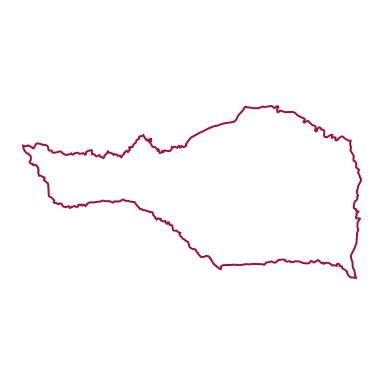 Dbarwa, Debub, Eritrea (Mercator projection)
{"feature_id": "51966322B75785084399425", "entity_name": "Dbarwa", "entity_type": "district", "adm_level": 2, "iso_a3": "ERI", "parent_name": "Eritrea", "parent_adm1": "Debub", "projection": "mercator", "projection_center": [38.641, 15.102], "detail": "fine", "context": "isolated", "style": "outline", "palette": "rose", "viewbox_px": 384, "rotation_deg": 0, "n_neighbors": 0, "source": "geoboundaries", "source_scale": "gbopen_adm2", "svg_char_len": 6007}
<svg xmlns="http://www.w3.org/2000/svg" viewBox="0 0 384 384"><path d="M213.9,264.2L219.7,268.9L220.4,269.0L221.0,268.8L221.1,266.9L221.4,266.1L223.0,265.2L235.4,264.7L240.0,265.2L246.0,264.1L249.4,264.4L253.2,263.9L262.2,264.2L264.3,264.8L266.2,262.5L268.6,262.3L271.1,261.4L274.4,262.7L275.4,262.5L276.2,262.1L277.8,260.4L278.7,260.0L282.4,259.5L285.1,259.9L285.4,261.0L286.0,261.5L287.5,261.6L289.6,261.1L291.1,262.2L293.5,262.1L295.2,261.2L299.6,261.5L303.0,263.1L307.2,263.4L309.1,263.2L311.1,260.9L314.2,262.5L315.8,261.6L317.0,260.5L318.0,260.2L318.7,260.5L321.6,263.2L323.2,262.7L323.6,263.0L323.7,263.7L326.6,262.8L328.5,262.9L330.7,264.1L332.2,265.5L334.2,265.1L336.4,265.9L337.0,265.6L337.1,264.0L337.5,263.7L339.5,264.3L339.9,266.1L341.8,266.4L342.1,267.0L342.1,267.9L342.7,268.6L345.1,269.9L347.1,271.7L347.3,273.5L348.8,276.1L351.2,277.5L354.3,277.6L355.8,278.1L355.9,276.8L354.9,275.0L355.1,274.0L354.4,271.7L354.4,270.1L352.9,267.9L352.4,261.9L351.2,258.7L350.9,256.0L351.3,254.5L354.8,247.8L355.4,245.3L356.4,243.6L357.2,233.0L357.7,231.1L358.4,229.9L357.4,227.1L357.5,222.9L359.9,218.7L358.7,218.2L356.9,218.6L355.8,217.5L356.7,215.2L356.4,213.7L356.7,213.1L357.9,212.5L358.4,211.5L356.2,210.7L355.9,210.1L356.0,209.2L354.3,208.5L353.7,207.4L354.3,202.7L355.1,201.3L356.8,199.8L357.4,198.5L357.2,196.6L358.0,195.9L358.0,195.5L356.9,192.6L356.7,191.4L357.8,188.7L357.8,186.9L360.7,181.2L361.0,179.0L359.9,177.2L359.8,176.2L358.1,172.3L359.0,169.8L356.1,167.4L356.3,163.4L355.1,161.4L353.6,160.8L353.4,158.1L353.8,156.7L353.5,155.5L350.4,150.3L351.1,147.0L350.3,145.1L350.1,143.7L350.6,140.7L349.1,140.8L347.5,140.1L344.7,138.4L343.1,136.8L341.7,136.4L339.3,137.9L337.0,140.3L335.9,140.3L335.3,139.6L335.7,138.0L335.1,137.4L334.3,137.2L331.9,137.7L332.3,134.8L331.9,134.7L330.9,134.9L327.2,137.0L325.6,137.1L324.7,136.7L324.1,135.8L324.3,131.5L323.9,130.3L322.8,129.7L321.3,129.6L320.9,128.2L319.5,127.3L317.9,128.3L316.5,131.3L315.4,131.0L315.0,130.1L315.8,128.0L315.5,126.4L311.5,124.4L308.4,121.2L307.3,121.0L304.2,122.6L303.5,121.5L304.6,120.5L304.7,118.9L297.7,115.5L294.8,112.6L292.4,111.9L285.4,112.2L280.3,110.6L279.6,110.8L278.8,112.0L277.7,112.2L277.0,110.1L277.4,108.5L278.4,107.3L277.9,106.2L276.5,106.4L275.6,107.3L274.2,108.1L272.5,106.5L270.8,105.9L269.1,106.4L264.0,107.0L262.5,106.5L259.7,107.8L256.4,108.3L252.0,108.1L248.7,107.3L246.8,107.3L245.2,106.7L242.9,110.4L238.6,115.0L236.1,119.8L233.8,121.9L223.4,123.5L217.5,125.6L213.7,126.3L207.7,128.8L203.0,131.4L200.5,132.3L190.9,137.6L187.1,142.4L186.5,143.7L185.8,144.2L186.3,145.6L183.9,147.2L181.6,146.0L180.9,147.3L179.9,147.4L179.8,146.3L179.2,145.9L178.7,146.0L177.4,147.8L175.0,146.8L174.0,146.8L173.2,147.5L172.0,147.0L171.5,149.4L170.3,150.8L169.4,151.2L164.3,150.4L163.4,152.0L162.2,151.1L161.8,152.4L160.3,153.0L159.7,153.0L159.2,151.1L157.8,150.8L158.6,149.5L158.2,149.1L156.8,149.1L156.3,148.3L154.7,147.1L153.0,146.9L152.0,146.0L150.7,143.4L150.0,142.7L150.1,142.2L151.2,141.0L151.0,140.6L151.1,138.9L150.4,138.8L149.5,140.0L149.3,141.2L148.9,141.5L148.6,141.2L148.4,139.9L147.8,139.5L147.1,140.4L146.2,140.1L145.9,139.1L145.0,138.4L144.8,137.5L144.0,136.6L143.4,135.1L141.9,136.1L140.3,136.2L139.2,136.7L139.0,137.4L139.2,138.7L136.5,140.1L136.2,142.1L133.6,144.4L132.5,147.0L129.2,147.3L129.1,147.6L130.1,149.5L128.7,150.7L128.2,151.8L128.0,152.0L126.9,150.7L126.4,150.7L125.4,152.2L124.4,152.4L124.0,153.9L122.9,154.9L121.3,157.3L120.3,156.5L119.9,155.5L117.6,155.8L116.8,154.7L115.2,154.2L113.5,154.9L112.9,153.7L112.0,153.6L110.8,152.9L108.9,152.7L108.4,151.6L108.0,151.3L105.8,154.5L104.4,155.5L104.3,157.2L103.2,158.1L102.1,157.3L100.1,156.6L99.7,155.3L99.2,155.0L97.3,156.2L96.5,156.3L95.9,156.1L94.7,154.7L93.1,153.9L92.1,154.2L92.1,153.0L91.7,152.1L92.0,150.5L91.5,150.1L87.9,151.0L86.6,151.8L86.1,152.3L85.7,154.5L85.3,154.8L85.1,154.8L83.6,153.2L79.4,153.9L78.3,152.9L77.5,152.7L74.9,153.1L73.2,154.6L72.5,154.5L71.2,153.4L70.7,154.1L70.0,154.4L68.3,154.3L66.8,155.0L66.0,155.0L63.1,153.6L61.7,152.2L60.1,151.3L54.9,152.7L53.0,152.7L52.4,152.3L51.5,150.5L49.4,150.6L48.8,150.2L48.3,149.4L48.1,146.8L46.8,145.6L45.2,144.9L42.8,144.9L40.8,144.0L37.4,143.3L35.9,144.1L33.8,148.1L33.1,148.4L31.6,147.0L29.7,146.3L28.5,145.4L25.5,146.4L23.0,145.6L23.7,149.1L24.6,150.7L26.6,153.3L28.4,153.6L28.9,154.6L30.1,155.4L30.9,156.9L30.8,159.9L29.6,161.9L29.9,162.7L31.4,163.9L32.7,163.8L33.2,165.1L35.6,165.0L36.7,165.5L37.4,167.0L38.4,168.1L38.1,169.0L38.7,170.6L38.1,172.3L38.4,172.7L38.9,175.7L40.7,175.7L42.2,176.6L44.5,177.4L44.6,178.2L43.9,180.2L45.3,181.0L46.4,182.5L47.6,182.8L48.2,184.2L48.8,195.5L49.3,196.5L50.9,197.1L53.6,199.5L54.2,200.6L53.6,201.6L53.7,202.5L54.2,202.9L56.1,203.0L58.2,204.1L58.8,204.1L59.6,203.3L61.7,203.9L62.9,206.1L63.5,206.6L66.1,207.2L68.5,206.2L68.9,206.3L69.8,207.9L74.3,206.0L76.6,207.0L77.8,206.6L78.5,204.9L79.0,204.7L80.3,205.0L81.3,204.6L81.5,205.3L82.2,205.6L84.3,204.7L85.6,206.1L87.8,203.4L89.7,202.4L93.9,202.4L98.1,201.7L100.2,201.7L102.0,200.6L104.6,200.9L105.9,201.4L107.2,201.1L108.6,201.3L109.5,201.0L110.3,201.6L113.0,202.6L114.7,201.3L115.6,201.6L117.3,201.3L119.5,201.5L122.8,199.5L123.8,199.7L124.8,200.7L128.4,201.0L130.4,201.6L134.5,202.1L137.8,206.6L138.8,207.1L139.3,208.4L140.0,208.9L141.0,208.8L142.9,210.0L144.9,210.3L148.5,211.3L149.5,212.0L152.0,212.1L152.6,212.5L153.1,214.7L154.8,216.7L155.3,218.1L156.6,219.4L156.9,218.6L157.6,218.4L158.8,218.4L159.7,219.2L160.6,218.8L160.9,219.1L160.9,220.2L161.3,220.7L163.8,221.5L165.4,221.1L165.6,222.5L167.1,223.8L167.7,223.5L168.0,222.4L169.0,222.5L169.4,223.2L169.5,224.7L172.3,225.5L172.9,230.0L174.1,230.7L176.4,230.5L178.2,232.2L180.3,232.8L179.6,234.6L180.3,235.9L181.4,236.8L182.4,238.4L183.9,239.1L185.9,240.9L187.9,241.8L189.0,244.6L189.3,246.6L190.0,247.5L192.6,249.0L194.6,249.2L195.6,249.7L196.8,252.1L198.0,253.0L198.4,254.2L201.1,257.0L203.9,256.9L206.3,255.8L208.6,256.3L209.7,257.3L209.9,258.3L210.9,258.8L211.3,260.1L213.9,264.2Z" fill="none" stroke="#9f1239" stroke-width="2"/></svg>